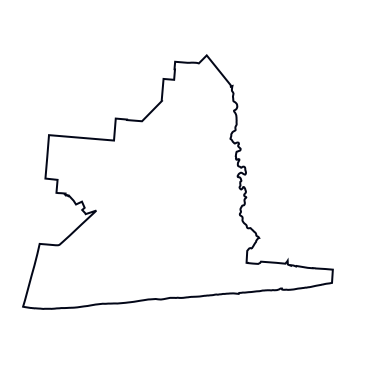 outline of Charles Sturt, South Australia, Australia, rotated 278°
{"feature_id": "25037944B64238988080325", "entity_name": "Charles Sturt", "entity_type": "district", "adm_level": 2, "iso_a3": "AUS", "parent_name": "Australia", "parent_adm1": "South Australia", "projection": "mercator", "projection_center": [138.527, -34.901], "detail": "fine", "context": "isolated", "style": "outline", "palette": "ink", "viewbox_px": 384, "rotation_deg": 278, "n_neighbors": 0, "source": "geoboundaries", "source_scale": "gbopen_adm2", "svg_char_len": 5961}
<svg xmlns="http://www.w3.org/2000/svg" viewBox="0 0 384 384"><g transform="rotate(278 192 192)"><path d="M329.3,187.6L320.3,180.9L320.5,179.3L320.5,178.0L320.2,174.8L320.0,173.4L319.6,171.7L319.3,169.3L318.6,157.2L311.1,157.6L311.1,158.1L300.6,158.7L300.0,148.1L278.2,149.3L278.0,149.6L255.1,132.7L254.2,117.6L254.7,117.6L254.1,106.3L232.1,107.6L228.4,42.5L206.8,43.8L184.9,45.0L185.3,57.2L172.3,57.9L172.3,59.6L172.5,61.6L172.6,62.4L172.8,66.1L172.4,65.8L171.1,67.5L171.8,68.0L171.1,68.9L171.4,69.2L170.7,70.2L171.3,70.6L166.9,76.0L163.5,78.9L167.1,84.4L161.4,87.9L158.9,85.8L156.0,89.4L155.3,89.8L160.3,99.9L158.2,98.3L144.3,87.0L141.8,85.0L131.9,77.1L128.2,74.0L124.7,71.1L121.3,68.2L121.0,67.7L120.6,66.8L120.3,64.5L119.8,55.1L119.4,48.4L108.9,47.5L97.1,46.2L87.5,44.9L61.5,41.7L54.9,40.7L54.8,41.8L54.7,48.6L54.8,49.5L54.8,50.5L54.9,51.4L54.8,52.1L55.0,52.7L55.2,55.8L55.4,58.0L55.5,61.0L55.9,62.7L56.2,65.1L56.4,66.6L56.8,69.5L57.4,72.4L57.9,74.2L58.4,77.0L58.8,78.4L59.3,81.9L60.2,86.5L61.0,91.1L61.8,94.5L63.7,101.0L64.6,104.5L65.6,107.5L66.6,110.6L67.1,112.1L67.7,114.5L68.9,119.1L69.3,122.2L69.6,123.6L69.9,124.9L70.1,126.6L70.8,130.5L71.2,133.7L73.1,141.9L73.6,143.7L74.0,145.3L75.2,149.8L77.1,155.8L78.1,159.2L78.9,161.8L79.5,163.7L79.8,165.4L81.0,171.0L81.0,173.3L81.2,176.2L82.0,179.0L84.1,185.0L84.6,188.3L84.9,191.1L85.3,192.5L85.4,194.9L85.9,197.8L87.0,201.8L87.2,202.9L87.4,203.4L88.0,205.7L89.0,211.3L89.6,214.2L90.9,218.7L91.2,220.2L91.6,221.5L91.7,222.5L92.0,223.6L92.3,224.8L92.5,225.8L92.9,227.4L93.5,229.0L93.8,230.1L93.9,230.8L93.9,231.7L94.0,232.2L94.4,233.3L94.8,235.2L95.4,236.9L95.6,238.6L96.1,240.4L96.5,242.6L96.8,243.7L97.4,247.4L97.6,252.4L97.6,252.5L97.8,252.6L98.4,252.6L98.6,252.9L99.1,255.2L99.5,256.4L99.6,257.2L99.8,258.6L100.7,262.1L101.2,264.6L102.6,269.8L103.2,272.8L104.3,275.9L104.5,277.2L105.0,279.3L105.5,282.7L105.6,284.2L106.1,285.7L106.2,287.5L106.7,289.9L107.7,291.9L108.6,293.0L108.8,293.5L108.9,294.5L108.2,294.6L107.9,294.9L107.9,296.3L108.1,297.8L108.4,298.8L108.4,300.1L108.6,301.6L108.9,303.1L109.7,306.4L111.1,310.5L111.8,313.3L112.3,315.0L112.5,315.9L113.1,317.7L113.2,318.6L113.8,320.3L114.1,321.6L114.6,323.1L115.1,324.4L116.4,327.9L118.1,333.1L118.4,333.6L118.6,334.5L119.1,335.7L119.8,337.7L120.7,341.1L121.5,343.3L134.7,342.3L134.3,334.9L133.5,325.0L133.6,324.9L133.5,322.3L133.3,322.3L133.0,317.3L133.3,305.7L132.7,305.5L133.3,302.9L133.3,300.0L132.8,300.1L133.3,297.8L133.6,297.0L137.2,296.3L136.5,296.0L134.0,294.4L133.6,285.4L132.6,270.0L131.3,269.4L130.6,268.4L130.0,267.6L129.8,265.1L129.6,262.2L129.4,257.2L129.6,257.2L129.5,255.9L141.4,254.9L143.9,256.4L144.2,256.8L144.6,257.7L144.5,258.5L144.4,258.7L144.8,259.3L145.5,259.6L147.2,260.4L148.5,260.9L150.5,261.8L151.1,262.2L151.5,262.4L152.4,262.4L153.2,262.7L154.6,263.5L155.2,264.0L155.6,264.4L155.8,264.9L156.6,264.2L156.8,264.0L157.2,262.8L157.7,261.9L157.8,261.8L159.2,261.4L160.0,260.9L160.6,260.4L160.9,259.8L161.7,258.5L162.1,258.2L162.6,257.4L162.8,257.2L163.5,256.1L164.2,255.3L164.4,254.9L163.9,253.0L163.9,252.5L164.0,252.1L164.2,251.8L164.5,251.5L165.1,251.2L166.3,250.8L167.0,250.2L168.4,247.9L169.3,247.0L170.1,246.3L170.5,246.1L171.0,245.9L173.2,245.8L174.2,245.4L174.5,245.1L175.0,244.3L175.4,243.3L175.6,242.9L176.2,242.6L176.5,242.5L177.1,242.5L178.6,243.2L179.2,243.3L179.8,243.1L181.1,242.5L181.9,242.4L182.4,242.5L185.1,243.5L185.4,243.7L185.6,244.0L185.9,244.8L186.2,245.4L186.9,245.8L187.3,245.9L188.5,245.9L190.6,245.2L191.6,245.1L192.4,245.3L193.9,246.4L194.2,246.5L194.4,246.4L194.6,246.1L195.0,245.0L195.5,244.3L195.7,244.2L196.5,244.1L197.0,244.2L198.3,245.1L198.6,245.2L199.1,245.4L199.8,245.4L200.6,245.1L201.4,244.6L202.3,244.3L202.8,244.0L203.8,243.2L204.1,242.7L204.1,242.4L204.0,242.2L203.7,241.8L203.5,241.7L202.8,241.7L202.5,241.6L201.6,240.7L201.4,240.5L201.4,240.2L201.5,239.9L202.0,239.2L202.6,238.7L202.9,238.5L203.5,238.5L204.0,238.6L204.8,239.0L205.2,239.1L207.5,238.5L208.5,238.5L208.9,238.5L209.5,239.2L209.7,239.3L210.2,239.3L212.1,238.4L212.7,237.8L213.1,237.2L213.2,236.3L213.1,235.8L213.2,235.5L213.3,235.3L213.5,235.2L214.1,235.0L214.7,235.2L215.0,235.3L216.2,235.8L216.7,236.2L217.0,236.5L217.8,237.5L217.9,238.0L217.9,238.5L217.6,239.3L217.2,240.0L216.8,241.0L216.6,241.8L216.6,242.2L216.9,242.5L217.9,242.8L218.6,242.8L220.1,242.3L221.0,241.8L222.9,241.4L223.6,241.1L223.9,240.8L224.1,240.3L224.3,239.9L224.2,239.3L223.9,238.4L223.0,237.7L222.9,237.4L223.0,236.9L223.6,236.1L223.8,235.0L224.0,234.5L224.4,233.9L225.3,233.6L226.6,233.5L227.4,233.5L227.8,233.6L228.5,233.9L229.3,234.1L229.8,234.4L230.6,234.4L230.9,234.3L231.0,234.0L231.0,233.3L230.7,232.8L230.4,232.5L230.2,232.0L230.2,231.6L230.3,231.4L230.9,231.0L231.1,230.9L231.7,231.0L232.9,230.7L233.0,230.6L233.3,230.4L235.9,230.4L237.7,230.5L238.0,230.7L238.2,230.9L238.2,231.1L238.4,231.3L238.8,232.2L239.1,232.6L239.4,233.2L239.8,233.9L240.1,234.0L240.4,234.2L241.4,234.2L241.6,234.1L242.3,233.2L242.8,232.4L243.3,231.8L243.9,231.3L244.9,231.3L245.7,231.8L246.3,231.8L246.8,231.6L247.2,231.3L247.3,231.2L247.3,230.7L247.3,230.0L246.5,228.5L246.2,228.1L246.0,227.8L246.0,227.5L246.2,227.1L247.1,226.0L247.3,225.6L247.6,225.3L248.3,224.8L249.2,224.0L249.6,223.4L249.7,222.9L250.1,222.7L250.5,222.7L251.4,222.9L252.2,223.0L252.9,223.1L254.4,222.9L254.8,222.9L256.0,223.5L256.3,223.5L257.0,223.9L257.5,224.4L258.8,226.1L259.2,226.5L259.9,226.5L261.2,226.1L262.2,226.0L262.8,226.1L264.8,226.8L265.3,226.8L267.4,226.4L269.4,226.2L270.1,226.0L271.6,225.8L274.0,225.2L274.8,224.8L275.8,224.2L276.5,223.6L277.5,222.6L278.2,222.3L278.3,222.3L278.6,222.5L279.6,223.8L280.2,224.3L280.9,224.7L282.4,225.0L282.8,225.0L284.7,224.5L285.5,224.0L285.8,223.7L286.8,222.4L287.5,220.7L287.9,220.3L290.7,219.7L292.0,219.3L292.8,219.3L294.3,219.4L295.3,219.4L295.5,219.3L296.3,218.8L297.6,217.6L298.5,217.3L301.5,217.2L302.6,217.3L302.4,216.8L302.2,216.3L301.8,215.8L303.2,215.4L329.3,187.6Z" fill="none" stroke="#020617" stroke-width="2"/></g></svg>